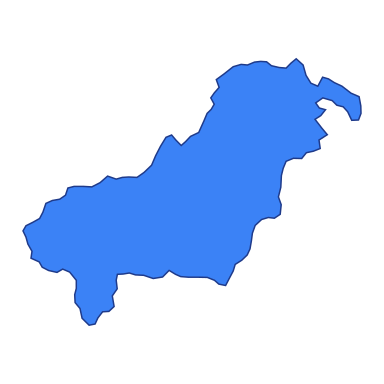 outline of Ewbank da Câmara, Minas Gerais, Brazil
{"feature_id": "56859067B96490156816803", "entity_name": "Ewbank da Câmara", "entity_type": "district", "adm_level": 2, "iso_a3": "BRA", "parent_name": "Brazil", "parent_adm1": "Minas Gerais", "projection": "orthographic", "projection_center": [-43.556, -21.576], "detail": "fine", "context": "isolated", "style": "filled", "palette": "blue", "viewbox_px": 384, "rotation_deg": 0, "n_neighbors": 0, "source": "geoboundaries", "source_scale": "gbopen_adm2", "svg_char_len": 1788}
<svg xmlns="http://www.w3.org/2000/svg" viewBox="0 0 384 384"><path d="M359.1,96.7L350.9,93.1L342.0,86.2L334.3,82.6L328.5,78.9L322.6,77.2L317.8,86.2L310.9,83.2L306.0,75.3L303.1,65.0L296.2,58.8L291.0,63.1L286.1,68.1L279.1,67.5L271.4,65.7L266.6,61.8L260.7,61.4L254.5,62.1L247.5,65.0L241.1,64.4L233.2,66.7L223.7,74.2L216.3,79.6L219.1,87.4L214.3,92.9L210.8,97.9L214.2,104.2L211.2,109.4L207.1,113.4L203.8,121.2L198.7,132.5L190.5,136.4L185.6,141.6L181.2,145.5L176.1,140.3L171.6,135.0L166.0,137.3L160.5,146.3L155.6,155.8L151.6,165.2L144.1,172.4L137.0,177.4L128.7,177.0L122.3,177.4L116.2,179.1L107.6,176.1L100.0,182.7L91.8,186.9L83.1,186.4L74.1,186.4L67.9,188.0L65.5,195.2L59.7,199.2L52.3,200.5L45.9,203.4L42.9,212.2L39.6,218.5L33.2,222.1L26.0,225.7L23.0,230.9L26.0,237.2L27.9,244.1L32.0,251.3L31.0,258.2L39.2,261.9L42.2,267.2L48.6,270.5L57.0,272.4L62.7,269.1L69.7,272.1L76.3,280.3L76.3,288.4L74.7,294.7L75.1,302.6L80.0,308.5L82.1,318.3L89.1,325.2L95.1,324.0L97.9,317.9L102.6,311.8L108.9,311.4L114.1,306.5L112.3,295.9L117.2,288.8L116.2,280.2L117.4,274.3L123.3,274.0L129.3,273.0L135.5,274.9L143.7,275.3L153.2,278.5L162.6,277.0L169.1,270.4L175.5,274.3L180.7,276.6L188.6,277.2L198.0,277.2L207.3,277.4L214.5,280.3L218.8,284.1L225.6,285.5L229.5,278.0L233.2,271.0L235.2,264.4L241.8,260.2L247.2,255.0L250.0,248.9L251.4,240.8L252.4,233.2L255.2,225.4L261.6,219.5L268.3,217.5L274.4,218.2L280.2,214.3L281.2,204.7L278.4,196.9L280.8,187.3L281.4,175.5L283.2,168.3L286.1,161.3L293.4,158.3L301.7,158.5L306.4,152.7L313.4,151.2L320.2,148.5L319.0,140.0L327.3,134.7L321.8,128.1L315.0,119.3L320.8,115.6L325.5,109.7L319.3,108.0L315.7,102.9L322.8,97.9L332.2,100.6L336.8,105.2L343.2,106.8L347.7,111.8L351.7,120.3L358.5,120.0L361.0,113.4L360.8,105.9L359.1,96.7Z" fill="#3b82f6" stroke="#1e3a8a" stroke-width="1.5"/></svg>